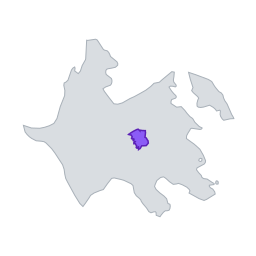 Azerbaijan, with Bərdə highlighted, rotated 186°
{"feature_id": "AZE-1696", "entity_name": "Bərdə", "entity_type": "District", "adm_level": 1, "iso_a3": "AZE", "parent_name": "Azerbaijan", "parent_adm1": "", "projection": "orthographic", "projection_center": [47.272, 40.358], "detail": "fine", "context": "in_parent", "style": "filled", "palette": "violet", "viewbox_px": 256, "rotation_deg": 186, "n_neighbors": 0, "source": "natural_earth", "source_scale": "10m", "svg_char_len": 4010}
<svg xmlns="http://www.w3.org/2000/svg" viewBox="0 0 256 256"><g transform="rotate(186 128 128)"><path d="M178.3,211.0L177.3,210.9L169.5,212.9L167.8,212.3L161.0,203.9L159.7,203.0L156.8,202.6L155.1,201.2L153.7,199.0L152.9,197.3L145.9,192.7L144.9,191.0L144.8,189.5L145.8,188.2L146.9,187.1L150.3,185.9L154.2,184.8L155.4,184.1L156.0,182.9L156.0,180.9L155.3,179.0L149.7,175.5L149.0,174.0L148.8,172.1L149.1,170.2L150.0,168.7L154.5,166.5L157.0,164.4L155.4,162.0L150.4,156.6L144.6,150.6L140.7,150.6L136.2,152.4L129.1,157.5L125.1,159.8L119.9,163.4L114.3,167.4L109.7,171.7L106.8,175.2L101.6,176.8L99.0,179.7L90.3,188.6L87.8,188.4L87.7,184.0L87.9,180.5L87.3,178.5L84.6,175.7L84.5,174.5L85.3,173.8L87.4,174.2L90.2,174.1L91.5,173.0L88.6,169.4L86.0,166.9L83.8,165.2L83.3,164.3L83.3,163.6L83.8,162.7L87.6,160.8L88.0,158.9L87.8,156.9L81.8,153.8L77.3,154.8L73.3,151.4L70.8,148.7L67.6,145.8L64.7,144.2L62.1,140.7L57.3,136.9L54.3,135.8L54.4,135.3L54.9,134.6L56.2,134.1L64.7,134.4L65.8,133.7L66.3,132.2L67.5,129.9L68.9,126.5L68.8,123.6L60.4,118.8L54.3,114.4L50.2,108.7L47.4,103.5L47.5,101.8L48.4,100.2L55.1,95.6L55.5,94.3L55.4,93.5L53.1,91.0L50.2,88.5L49.3,86.6L47.5,85.6L44.0,85.5L37.9,82.3L36.6,81.9L36.4,81.3L36.7,80.7L41.1,79.6L41.1,78.6L39.8,77.2L37.3,76.1L35.1,73.6L34.4,71.4L42.4,65.2L44.8,63.9L49.9,65.2L60.5,69.7L59.8,72.0L60.8,73.4L63.3,75.3L68.0,77.2L72.0,78.2L74.0,77.4L77.1,76.7L81.1,78.9L84.7,81.6L86.6,82.7L87.6,83.1L90.4,82.2L93.8,78.8L95.1,74.6L95.5,72.6L93.6,69.8L89.6,66.8L85.1,64.1L82.2,61.7L80.4,57.1L78.5,56.6L78.1,56.0L77.8,54.4L77.9,52.2L78.6,50.5L80.4,49.8L82.2,49.6L83.9,48.0L86.0,44.8L86.9,43.1L90.8,44.1L91.3,47.0L92.0,47.6L93.6,47.3L96.3,46.1L98.5,47.0L101.2,50.4L105.0,54.0L107.1,56.4L107.9,58.0L109.9,59.6L112.7,61.5L115.0,64.4L117.0,71.3L119.1,72.9L126.5,75.5L129.2,76.0L136.5,76.9L139.0,76.2L142.7,70.3L146.1,64.2L149.2,62.9L154.8,59.9L158.2,57.1L159.6,54.1L162.7,48.4L164.6,45.2L168.0,47.9L173.9,55.5L182.4,67.8L184.6,71.2L186.0,75.3L187.2,80.2L189.2,84.6L198.0,95.4L201.7,99.4L207.9,104.5L210.0,105.6L212.8,105.8L218.0,105.7L222.8,107.6L225.2,109.0L227.7,111.0L229.9,113.3L232.3,119.7L224.0,117.9L215.7,118.5L211.0,120.0L206.5,122.0L202.2,124.8L199.6,130.1L197.6,142.2L194.4,153.5L194.7,158.7L196.3,163.7L196.2,166.1L194.6,167.1L192.7,169.3L190.3,179.7L189.1,181.8L187.4,183.1L186.9,181.9L187.0,179.2L183.2,176.9L181.3,179.6L180.1,185.3L177.5,191.3L177.3,192.5L178.3,211.0ZM53.9,104.7L54.3,103.1L53.3,102.4L52.2,102.3L51.2,103.1L51.2,105.1L52.5,105.5L53.9,104.7ZM25.4,151.1L24.2,149.4L23.7,148.4L27.4,147.8L33.6,145.7L35.2,146.8L37.0,149.1L37.8,151.1L37.9,154.7L38.6,155.3L41.7,154.2L43.0,155.7L45.3,157.4L49.2,159.2L55.1,156.7L58.0,156.0L60.3,156.1L61.6,157.0L62.0,159.8L61.5,163.2L60.8,165.1L62.0,166.5L66.7,169.9L68.6,171.8L67.6,175.0L71.1,182.9L72.2,185.9L73.6,189.7L66.3,188.1L53.2,184.7L49.6,183.0L46.3,178.6L44.3,176.5L41.4,173.7L38.9,172.6L37.1,170.7L36.1,167.9L34.6,165.3L32.0,162.3L26.2,152.1L25.4,151.1ZM34.9,84.3L34.1,84.8L32.9,84.2L32.5,83.0L32.6,81.7L33.9,81.4L34.8,81.8L35.1,83.0L34.9,84.3Z" fill="#d9dde1" stroke="#a8b0b8" stroke-width="1"/><path d="M115.8,127.1L113.2,127.0L110.5,127.2L110.4,126.3L110.1,125.4L110.1,123.7L110.1,122.0L110.2,120.6L109.1,120.2L108.3,119.4L107.6,118.2L107.1,117.8L106.7,117.3L106.5,116.2L106.2,115.1L108.0,112.4L110.3,112.0L112.5,111.7L113.8,108.8L114.8,108.2L115.1,107.9L115.1,108.0L115.4,108.2L115.8,108.7L115.5,109.2L115.5,109.8L115.6,110.3L116.0,110.1L116.5,109.4L116.8,109.0L117.1,108.9L117.8,109.4L117.7,110.3L117.5,111.1L117.7,111.5L118.1,111.7L118.4,112.0L118.6,112.4L118.8,112.5L118.9,113.1L119.0,113.2L119.6,113.2L120.0,113.2L120.5,113.0L120.7,113.9L120.4,114.2L119.7,114.8L119.4,115.2L121.4,115.9L121.7,116.5L120.9,117.5L121.6,117.8L123.0,117.6L123.5,118.2L123.2,118.6L123.1,119.0L123.0,119.5L123.0,120.0L123.5,120.4L123.8,120.8L123.9,121.2L126.8,121.6L126.5,122.0L125.8,122.3L125.5,122.6L125.3,123.0L122.2,125.4L119.1,127.4L117.8,127.9L116.7,127.1L115.8,126.3L115.8,127.1Z" fill="#8b5cf6" stroke="#5b21b6" stroke-width="1.5"/></g></svg>